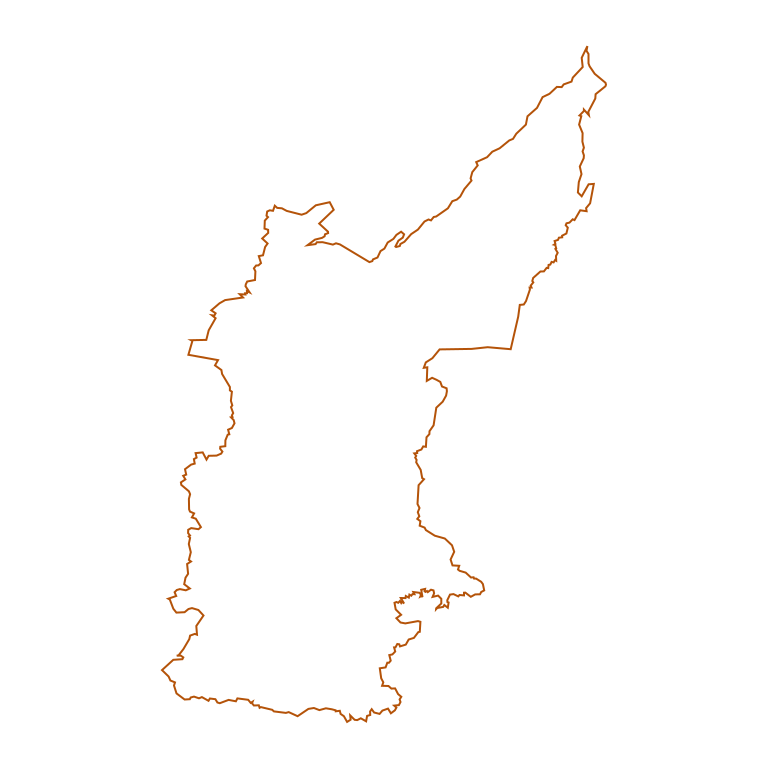 the district of Puebla, Puebla, Mexico
{"feature_id": "50627088B84847433271459", "entity_name": "Puebla", "entity_type": "district", "adm_level": 2, "iso_a3": "MEX", "parent_name": "Mexico", "parent_adm1": "Puebla", "projection": "mercator", "projection_center": [-98.163, 19.034], "detail": "fine", "context": "isolated", "style": "outline", "palette": "amber", "viewbox_px": 768, "rotation_deg": 0, "n_neighbors": 0, "source": "geoboundaries", "source_scale": "gbopen_adm2", "svg_char_len": 6107}
<svg xmlns="http://www.w3.org/2000/svg" viewBox="0 0 768 768"><path d="M417.2,453.0L417.0,451.2L421.4,449.5L423.2,446.4L425.9,446.8L426.5,437.3L429.4,434.1L429.5,431.2L433.6,425.3L436.3,407.7L442.7,401.7L446.1,395.6L446.9,391.2L446.6,388.3L442.0,386.5L440.3,381.9L436.5,379.8L432.1,377.8L426.8,380.9L427.3,367.3L423.8,367.8L425.8,362.4L432.4,358.2L439.6,349.4L471.7,348.9L487.7,347.2L510.7,349.2L518.2,316.7L519.8,304.9L523.8,304.5L526.0,301.1L529.9,289.6L529.6,287.5L531.5,287.5L530.7,285.6L533.3,282.4L532.3,281.0L533.2,277.9L540.4,271.5L543.9,271.4L546.6,267.9L548.2,268.1L548.6,264.9L550.3,264.6L551.6,261.9L553.6,262.4L555.1,260.0L556.2,260.7L556.0,256.0L557.7,252.8L555.4,248.9L556.2,248.4L555.3,245.0L554.1,244.7L555.4,243.9L554.6,241.0L558.0,239.9L558.9,237.7L562.2,237.3L562.1,235.7L566.4,233.5L567.8,227.7L565.7,225.2L566.5,223.3L569.5,222.6L572.7,219.3L574.5,220.1L580.2,210.3L586.6,211.2L586.1,208.1L590.1,203.3L593.8,183.9L588.6,184.3L581.7,196.3L577.9,192.5L578.8,182.1L581.5,174.1L579.8,166.5L583.7,158.2L583.9,155.3L582.6,151.4L583.9,147.7L582.4,141.6L582.6,133.1L579.1,124.6L581.3,116.2L579.5,115.5L583.9,111.0L583.9,109.6L588.9,115.2L588.3,111.9L595.3,98.5L595.6,94.2L605.4,86.3L606.0,84.7L605.5,82.8L594.7,73.8L589.6,66.3L588.5,63.4L588.5,54.0L586.5,50.8L587.4,46.1L581.7,57.8L582.7,67.0L572.8,77.6L571.5,81.6L563.7,84.4L561.7,87.1L556.9,86.9L549.5,93.8L542.6,97.1L537.0,107.9L527.5,116.3L525.9,124.6L516.3,133.7L513.0,138.9L509.3,140.4L499.6,148.3L492.3,151.7L487.1,157.2L476.2,162.1L477.7,165.4L472.3,172.1L470.6,178.4L471.5,180.6L464.4,189.0L460.2,196.6L456.8,199.6L452.3,201.2L447.9,208.3L436.2,216.5L433.7,217.0L431.0,220.4L428.5,219.5L424.5,221.5L417.9,229.6L411.2,234.1L404.4,241.8L400.4,244.0L399.8,246.0L396.1,247.0L395.4,246.5L398.4,240.7L402.8,237.6L404.1,234.3L401.1,231.7L396.4,234.9L393.4,238.9L387.7,242.5L384.4,248.6L380.5,251.1L377.5,257.5L373.0,259.4L372.3,261.1L369.4,262.1L339.9,244.4L336.0,243.3L332.9,244.6L322.7,242.2L316.8,242.3L315.6,244.1L307.5,245.2L315.0,239.6L322.0,237.9L324.6,236.3L325.0,234.3L328.1,233.1L328.0,231.7L319.2,223.6L333.7,209.8L329.7,202.2L315.8,205.3L306.3,213.1L301.6,214.7L286.7,210.9L281.9,208.3L277.2,207.9L274.8,205.7L273.0,210.8L269.8,210.3L267.2,211.5L266.5,215.7L268.0,217.1L264.8,220.6L264.5,228.6L268.1,229.8L268.2,232.9L262.2,238.5L267.6,243.5L265.1,247.0L263.0,255.3L258.8,256.1L261.0,263.1L258.4,265.4L256.1,265.5L253.9,268.3L255.4,271.3L255.0,280.0L247.2,281.5L245.8,284.3L245.5,286.2L249.6,292.4L246.9,291.1L247.0,293.2L245.1,293.3L245.4,294.5L239.7,294.2L243.0,297.5L225.1,300.1L219.5,303.3L211.3,310.3L215.6,313.3L214.3,315.6L212.0,315.3L215.6,318.2L208.7,330.3L206.3,339.9L191.1,340.2L192.4,340.9L188.4,354.8L218.0,360.1L215.0,365.4L221.4,370.0L222.1,374.0L229.9,387.0L229.9,390.4L231.9,391.7L230.9,400.8L232.3,405.4L231.0,407.1L233.2,413.1L231.9,415.3L232.5,417.0L231.0,417.3L233.7,420.1L234.5,423.3L231.9,428.0L228.1,429.7L229.3,434.3L227.7,434.7L225.4,440.3L225.3,446.2L220.3,446.8L220.1,448.7L222.4,451.6L221.2,453.6L216.6,455.6L208.7,455.8L206.5,459.6L202.7,452.4L195.6,453.1L196.6,457.6L193.9,459.1L194.7,463.6L191.1,464.6L185.0,469.2L186.2,474.6L183.2,475.8L185.4,479.4L180.9,482.4L181.3,484.9L188.9,491.3L190.1,494.2L188.9,498.9L189.1,509.4L190.0,511.6L194.1,513.4L191.9,517.4L195.8,518.7L200.9,527.1L198.5,529.2L191.2,528.1L188.2,529.8L188.1,533.1L190.0,535.5L188.7,536.4L190.1,537.9L188.8,544.0L190.8,552.2L188.9,559.9L191.0,561.5L187.1,564.0L188.1,573.8L185.5,577.7L184.2,584.2L189.8,588.5L185.8,590.3L179.9,589.1L176.8,590.0L174.6,592.2L176.2,596.0L168.3,598.7L169.8,599.5L173.3,608.7L176.4,612.6L184.6,612.2L188.5,609.0L192.0,608.1L198.4,610.0L203.5,615.5L196.3,626.0L197.0,634.7L194.8,633.9L190.1,635.6L189.3,639.1L183.4,649.1L178.6,655.3L176.7,655.7L180.7,655.6L183.3,657.4L182.4,659.2L173.3,659.8L162.0,670.1L168.6,676.5L170.4,680.5L175.0,682.4L174.0,685.5L176.5,693.4L184.6,699.5L189.8,699.2L190.7,697.5L194.0,696.6L199.0,698.3L201.9,697.1L208.5,700.8L209.9,698.5L215.4,699.2L217.4,702.5L219.8,703.2L228.6,699.9L235.9,701.3L237.4,698.4L248.2,699.8L250.7,702.9L252.6,701.7L252.0,703.3L253.9,705.5L258.8,705.3L259.6,707.8L260.9,707.1L272.2,709.8L273.9,711.4L285.9,712.9L288.7,712.1L297.6,716.2L308.4,708.9L313.9,708.0L319.4,710.1L325.9,708.3L331.9,709.3L335.6,710.3L335.7,711.3L339.8,710.8L340.6,713.9L343.9,716.2L347.1,721.9L350.6,719.7L350.2,715.4L354.6,719.8L357.2,720.1L360.8,718.3L366.1,721.3L367.1,715.9L370.2,715.0L370.1,711.5L371.7,709.2L374.1,712.5L379.6,713.9L382.4,710.6L388.0,708.6L390.9,713.3L394.9,710.3L396.4,707.6L394.2,705.6L398.9,705.1L400.5,702.0L399.6,699.4L401.3,696.8L398.1,694.1L395.1,688.4L391.4,688.6L388.5,686.0L382.1,685.8L383.3,682.3L381.2,678.3L379.8,668.3L385.6,667.4L387.3,662.7L388.9,662.8L390.7,660.7L389.3,655.1L392.4,654.4L395.2,651.5L394.1,647.4L395.5,647.3L397.3,644.0L399.3,644.3L400.0,646.4L405.8,644.6L408.7,639.5L413.9,637.9L418.3,632.1L419.8,631.8L420.4,621.8L418.0,621.1L405.3,623.4L400.5,622.5L396.4,618.2L401.1,614.8L395.7,609.4L394.5,602.8L396.5,602.0L398.2,602.8L400.0,600.9L401.2,603.0L402.0,601.7L404.1,603.5L400.8,598.0L405.5,598.1L405.8,596.0L408.8,597.6L409.4,594.6L411.3,595.7L412.5,594.1L414.4,594.2L413.3,592.0L419.5,592.8L421.0,594.8L420.3,596.6L421.6,595.9L422.5,597.1L421.2,589.8L425.1,588.9L424.6,591.3L425.5,591.9L427.0,591.0L427.8,592.1L431.0,589.7L433.5,590.4L434.1,593.3L432.6,596.9L438.1,595.6L441.3,598.8L441.3,603.5L436.2,608.3L436.1,609.2L437.2,608.0L443.2,606.9L444.3,605.0L447.8,607.7L448.6,602.5L447.4,602.0L447.3,600.2L450.0,594.6L453.5,594.1L458.3,596.4L459.5,595.0L464.0,595.4L464.0,592.7L465.3,592.6L470.8,596.8L475.2,594.4L480.0,594.3L481.2,592.0L484.2,590.4L482.9,584.1L481.2,581.8L476.1,578.6L474.1,578.6L473.6,577.3L471.0,577.5L465.7,572.6L459.6,570.8L458.0,569.5L459.2,565.8L452.5,565.4L450.6,559.5L454.2,551.8L452.0,545.3L444.8,538.5L434.8,535.7L425.9,530.1L424.6,527.6L419.7,525.7L420.4,521.2L417.3,518.9L419.3,516.3L417.8,512.2L419.5,508.0L417.5,504.0L418.6,485.2L424.0,479.2L422.2,478.1L420.7,469.9L416.2,462.3L416.6,459.9L415.2,457.6L416.2,455.9L414.3,453.4L417.2,453.0Z" fill="none" stroke="#b45309" stroke-width="2"/></svg>